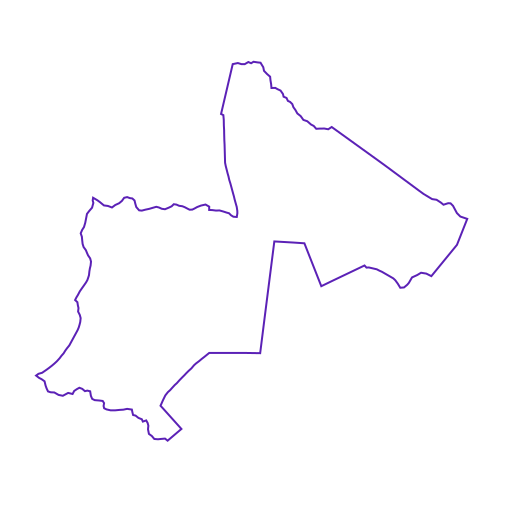 outline of Luís Correia, Piauí, Brazil, rotated 276°
{"feature_id": "56859067B75864773986043", "entity_name": "Luís Correia", "entity_type": "district", "adm_level": 2, "iso_a3": "BRA", "parent_name": "Brazil", "parent_adm1": "Piauí", "projection": "mercator", "projection_center": [-41.5, -3.105], "detail": "fine", "context": "isolated", "style": "outline", "palette": "violet", "viewbox_px": 512, "rotation_deg": 276, "n_neighbors": 0, "source": "geoboundaries", "source_scale": "gbopen_adm2", "svg_char_len": 3526}
<svg xmlns="http://www.w3.org/2000/svg" viewBox="0 0 512 512"><g transform="rotate(276 256 256)"><path d="M232.8,324.1L239.5,334.9L257.9,364.9L256.0,367.1L256.4,369.4L255.4,377.5L254.3,380.3L253.5,382.8L248.1,394.9L246.5,397.0L243.3,399.9L239.5,402.8L240.2,406.5L243.2,409.4L245.2,410.8L251.0,413.4L253.9,418.3L256.6,421.9L256.3,427.2L254.3,432.5L288.1,454.7L315.0,462.2L316.6,455.1L319.7,451.3L326.5,446.7L328.7,444.0L328.6,441.6L326.6,437.1L328.5,434.2L330.8,429.7L331.0,425.2L335.2,416.2L338.1,411.2L360.2,373.7L392.2,317.8L389.6,314.6L389.9,310.7L389.4,306.3L388.8,302.6L391.4,299.8L392.5,297.0L395.4,292.9L396.3,288.9L399.8,285.8L402.1,282.2L405.5,279.8L407.8,277.7L410.9,276.2L412.8,273.8L413.6,271.5L416.4,269.8L417.3,266.8L419.9,265.9L423.1,263.1L424.2,259.9L425.2,257.6L424.7,253.8L428.4,253.1L432.4,252.0L435.8,251.3L438.2,247.9L441.0,244.6L444.5,243.5L446.7,241.8L448.7,240.3L448.7,237.4L448.9,233.2L447.2,231.0L448.1,228.1L445.6,224.7L445.3,221.4L446.0,217.8L444.4,212.8L393.6,206.4L392.7,208.8L388.1,209.7L382.4,210.4L377.4,211.2L374.8,211.5L367.9,212.4L363.5,213.1L345.5,215.5L342.3,216.5L338.0,218.1L335.0,219.2L332.3,220.3L329.0,221.4L325.3,223.0L321.7,224.4L318.6,225.6L315.5,226.8L313.0,227.8L310.4,228.7L307.3,229.9L302.8,231.7L298.9,232.7L296.5,233.0L292.8,232.8L292.7,229.4L293.9,226.9L295.7,224.7L296.1,222.2L296.8,219.0L297.5,214.9L297.0,211.5L297.1,207.6L296.9,204.6L300.2,204.3L301.9,200.4L300.4,196.0L298.5,192.3L296.8,189.9L295.5,187.8L295.1,185.1L296.1,182.5L297.1,180.0L297.8,177.5L297.9,174.3L298.8,171.5L298.9,168.8L296.6,166.9L294.9,164.1L293.0,160.6L293.1,157.4L294.1,154.4L294.5,151.7L293.3,148.7L291.7,144.8L290.5,141.1L289.2,137.7L289.2,135.0L292.2,131.8L295.4,130.5L298.5,129.4L300.3,127.0L300.4,124.5L301.1,121.7L300.1,118.8L296.8,116.9L294.2,114.4L292.0,110.7L289.2,107.7L290.3,103.5L290.4,99.5L291.9,97.2L293.3,95.1L294.8,92.5L296.9,87.9L294.1,87.8L291.8,88.7L286.9,87.9L283.3,85.4L280.2,83.5L271.1,82.7L266.8,81.9L263.8,80.4L260.2,79.3L257.0,80.8L253.5,81.5L249.9,82.3L246.9,83.6L244.0,86.2L241.2,87.7L239.1,88.9L236.3,91.3L233.2,92.5L229.2,92.5L226.4,92.1L223.3,91.9L219.4,91.9L217.0,91.4L214.4,90.8L211.9,89.7L208.8,88.0L205.6,86.2L202.5,84.5L198.5,82.9L196.0,81.7L193.3,80.7L191.4,83.2L188.3,84.0L185.7,84.9L182.1,84.9L179.0,86.9L175.9,88.1L172.0,88.1L169.2,87.7L166.5,87.2L163.8,86.4L159.9,84.8L155.8,83.1L152.9,81.9L147.6,79.7L144.5,77.7L142.1,76.3L139.0,74.8L136.5,73.0L133.8,71.4L130.4,68.9L127.9,66.7L125.6,64.5L123.1,61.9L121.1,59.7L117.5,55.5L116.1,52.0L114.1,49.8L112.1,53.0L111.1,55.6L109.3,58.8L105.1,60.3L102.4,61.6L99.6,63.3L99.0,66.0L99.2,69.7L97.2,74.2L96.8,78.5L100.2,83.5L99.6,88.0L102.8,89.3L104.9,91.8L106.5,94.1L105.7,97.1L103.7,100.0L104.5,102.3L104.1,105.2L99.7,106.4L96.8,108.0L95.8,110.6L95.9,115.7L95.8,118.7L93.8,120.3L90.9,120.1L88.7,120.9L87.8,123.4L87.3,127.7L87.8,132.1L88.7,136.5L89.3,140.1L90.5,143.8L90.3,148.6L87.7,149.4L85.0,150.4L84.7,152.9L82.7,156.0L81.7,159.5L79.5,160.8L81.0,164.0L78.6,165.7L75.9,166.7L72.4,166.7L67.9,168.1L66.1,171.2L63.4,174.0L63.5,177.7L64.1,180.5L64.9,184.6L63.1,187.4L76.2,199.9L94.9,179.2L97.1,176.7L100.2,177.7L102.7,178.5L104.9,179.3L107.9,180.4L111.4,182.6L113.6,184.6L116.1,186.4L119.2,188.7L121.3,190.6L124.5,192.9L127.8,195.5L130.0,197.3L132.0,198.8L134.6,200.9L137.5,203.5L140.9,205.8L142.9,207.6L145.5,210.4L147.9,212.7L150.2,215.1L152.4,217.3L154.7,219.6L158.6,256.9L159.8,270.3L194.0,271.0L272.4,272.7L273.3,292.0L273.7,302.8L266.4,306.6L232.8,324.1Z" fill="none" stroke="#5b21b6" stroke-width="2"/></g></svg>